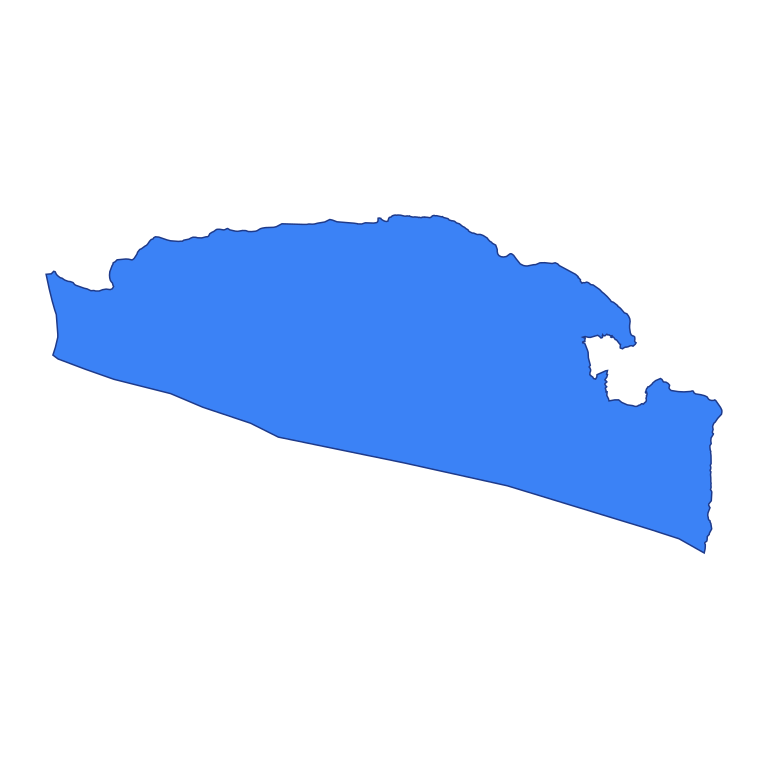 the district of Buru, Maluku, Indonesia
{"feature_id": "22746128B29167244459072", "entity_name": "Buru", "entity_type": "district", "adm_level": 2, "iso_a3": "IDN", "parent_name": "Indonesia", "parent_adm1": "Maluku", "projection": "albers", "projection_center": [126.803, -3.345], "detail": "fine", "context": "isolated", "style": "filled", "palette": "blue", "viewbox_px": 768, "rotation_deg": 0, "n_neighbors": 0, "source": "geoboundaries", "source_scale": "gbopen_adm2", "svg_char_len": 6102}
<svg xmlns="http://www.w3.org/2000/svg" viewBox="0 0 768 768"><path d="M704.2,553.0L705.1,549.0L705.3,546.2L705.3,544.4L704.8,543.7L704.8,542.7L705.6,541.9L706.6,541.4L707.1,539.9L707.3,536.5L709.2,534.5L709.4,533.2L711.7,528.9L710.8,523.3L710.2,522.4L710.0,520.8L708.9,520.0L708.4,519.1L708.3,517.9L707.7,515.3L708.0,512.9L710.0,507.7L709.4,507.0L709.4,506.3L708.7,505.6L708.7,504.1L711.3,500.8L711.8,492.0L711.3,490.8L710.5,489.7L711.1,487.3L710.9,484.7L711.1,483.4L710.8,481.7L710.8,477.7L710.5,474.6L710.9,471.8L710.3,471.0L710.1,470.1L710.7,469.1L710.8,467.2L710.3,465.5L710.6,464.4L711.1,463.8L711.0,455.6L710.6,452.5L710.8,451.5L710.2,450.0L709.9,447.3L709.9,445.6L711.2,443.7L710.8,440.8L711.1,437.9L713.3,434.3L713.4,433.8L712.7,433.2L712.3,432.2L713.1,429.5L712.6,426.7L712.9,425.5L713.9,423.2L715.2,422.1L717.6,418.5L721.5,414.2L721.9,411.9L721.8,410.1L720.5,407.4L715.8,400.6L714.8,399.9L714.2,400.3L711.8,400.5L709.8,400.0L708.5,399.1L707.1,396.9L704.6,395.7L700.8,394.7L695.6,393.9L694.0,392.8L693.3,391.2L692.2,390.9L690.7,391.4L684.0,391.9L678.2,391.6L671.2,390.5L670.4,389.9L669.4,388.8L669.0,387.9L669.6,385.2L668.2,383.5L666.1,382.2L663.4,381.9L662.0,379.5L660.5,378.5L655.6,380.6L652.9,382.8L651.9,384.2L649.1,386.6L647.7,387.0L647.4,387.8L646.5,389.0L646.0,390.6L646.1,391.2L645.4,392.1L645.7,392.9L646.2,392.9L646.7,392.5L647.1,394.1L646.8,395.2L646.4,395.7L646.6,396.3L646.0,398.4L646.3,398.9L646.3,400.8L645.8,401.8L644.4,402.9L643.5,404.0L643.1,404.1L642.2,403.7L641.5,403.8L640.1,404.9L638.4,405.4L637.6,406.1L636.3,406.4L635.0,406.4L632.6,405.6L627.4,404.9L621.7,402.4L618.7,399.9L614.7,399.9L609.0,400.9L608.5,398.8L606.8,395.4L607.1,391.8L606.0,391.9L606.1,390.9L605.3,388.1L606.7,386.8L605.9,386.1L605.6,385.3L604.9,384.6L604.9,383.7L606.9,381.9L606.2,381.0L605.3,380.5L604.9,379.8L606.8,377.1L607.5,374.5L606.6,374.2L607.5,370.5L605.7,370.8L597.0,374.7L596.8,377.0L595.6,379.1L593.5,378.5L592.8,377.1L590.5,375.5L590.6,375.3L589.8,374.6L590.0,372.4L590.6,371.0L590.6,369.5L589.7,367.5L589.1,367.0L590.3,365.3L588.4,357.9L588.1,352.3L587.5,350.3L585.0,343.9L584.4,343.2L582.7,342.8L582.7,342.0L584.1,341.3L584.9,341.4L584.8,340.1L585.2,338.5L585.0,337.5L584.0,337.8L582.7,337.2L585.1,336.5L588.3,337.3L590.4,337.4L597.6,335.3L599.3,336.3L601.0,338.0L602.4,337.5L602.6,336.5L602.3,335.8L602.7,334.7L603.3,335.7L604.9,335.8L606.9,334.2L607.7,334.9L609.2,334.9L610.4,335.8L611.8,335.7L610.9,337.1L611.9,337.5L612.8,336.8L613.8,337.5L615.3,339.6L616.5,339.9L619.4,343.7L620.0,344.3L620.5,344.4L620.2,346.5L620.2,347.9L620.5,348.1L622.6,348.8L623.4,348.1L625.4,347.1L626.7,347.1L628.3,346.7L630.1,345.8L632.0,345.7L633.0,346.2L635.2,344.3L636.1,342.8L635.1,342.0L634.6,341.2L634.9,339.1L634.7,337.0L633.7,336.1L632.3,335.7L631.1,334.7L630.3,332.7L629.6,328.0L629.6,325.5L630.1,321.4L629.8,318.9L628.6,316.2L626.9,313.8L624.3,312.8L621.2,309.1L619.6,307.5L617.8,306.4L617.7,305.6L613.5,302.3L611.2,301.5L610.5,300.3L607.2,296.6L603.9,293.5L602.2,292.2L599.6,289.5L593.2,285.0L590.4,284.5L590.0,283.8L588.4,282.7L586.7,282.1L584.6,282.8L583.1,282.6L582.0,283.2L580.3,281.0L580.5,279.8L578.8,277.9L578.1,277.6L578.1,276.6L575.5,274.3L559.3,265.6L557.7,263.9L555.2,262.8L552.1,263.5L544.7,262.7L540.0,262.8L535.7,264.6L533.6,264.7L527.2,266.0L525.4,265.9L523.4,265.5L520.2,263.9L516.2,258.9L513.6,255.3L511.7,253.9L510.8,253.7L509.9,253.9L506.4,256.5L503.6,257.0L501.1,256.7L499.0,255.6L498.0,254.3L497.6,253.4L497.2,251.2L497.3,250.0L497.0,248.7L495.7,245.1L492.4,243.3L491.5,242.2L489.9,241.3L488.2,239.5L487.3,238.1L483.4,235.6L481.7,234.9L480.1,234.4L477.1,234.5L473.8,233.1L472.5,233.1L470.1,232.0L468.7,231.1L467.9,229.7L466.2,228.8L464.5,227.3L462.6,226.4L459.4,223.8L456.5,222.9L454.6,221.3L452.7,220.8L451.4,220.8L450.9,220.4L449.6,220.2L449.0,219.8L448.4,219.0L447.8,218.6L443.6,217.5L442.4,216.6L441.8,216.8L440.7,216.6L436.7,215.7L435.0,215.8L434.5,215.5L433.6,215.5L432.3,215.9L431.6,216.8L429.9,217.7L426.7,217.2L425.7,217.3L425.1,217.0L424.8,217.2L424.6,217.0L424.3,217.2L423.1,217.0L422.8,217.3L422.1,217.2L421.6,217.6L420.2,217.6L419.4,217.3L418.4,217.5L418.0,217.2L414.9,216.9L413.0,217.1L410.0,216.4L409.6,215.9L408.5,216.1L407.1,215.9L406.5,216.1L406.2,216.0L405.5,216.2L404.4,216.1L400.8,215.2L397.7,215.0L396.8,215.3L395.8,215.0L394.9,215.2L394.2,215.1L393.4,215.5L392.4,215.7L390.9,217.1L389.4,217.4L388.7,218.4L387.9,221.1L386.5,221.5L384.8,221.2L383.1,220.4L381.2,219.2L380.9,218.4L379.3,218.0L378.1,218.2L378.0,220.8L377.7,221.7L376.7,222.6L373.7,223.1L365.3,222.8L361.6,224.0L357.5,223.9L357.4,223.7L354.1,223.2L337.0,221.8L332.5,220.1L329.8,219.5L324.7,222.0L317.5,223.2L314.5,224.0L312.4,224.2L308.9,224.0L306.8,224.4L302.9,224.4L281.9,223.8L276.3,226.7L273.7,227.3L265.6,227.6L262.5,228.1L260.4,228.7L257.1,230.7L255.6,231.2L251.3,231.6L248.2,231.5L245.8,230.6L242.5,230.5L237.9,231.3L235.7,231.2L229.9,229.9L227.7,228.5L226.8,228.7L224.8,229.7L223.6,229.9L219.9,229.3L217.5,229.3L216.4,229.5L213.7,231.5L211.9,232.3L209.8,233.7L208.6,236.0L207.7,236.7L206.0,236.8L201.8,237.9L197.7,237.8L195.9,237.3L193.0,237.2L190.9,238.0L189.0,239.1L183.7,240.2L182.4,241.2L180.6,241.2L178.5,241.4L170.6,240.8L167.3,240.0L158.8,237.1L155.4,236.8L153.8,237.7L152.9,239.0L151.2,239.5L149.6,241.2L147.7,244.0L146.5,245.3L145.0,246.1L141.5,248.7L139.7,249.5L137.6,252.2L136.9,254.2L134.1,258.5L132.6,259.7L131.8,259.9L128.7,259.2L125.9,259.0L117.1,259.8L115.1,261.8L113.2,262.8L112.8,264.6L112.1,265.6L109.8,271.8L109.5,275.1L109.7,277.8L110.3,280.2L111.2,281.7L112.4,283.0L113.1,285.6L113.6,286.4L113.2,287.3L112.2,288.8L110.2,289.6L106.1,289.1L102.6,289.7L99.2,291.0L95.6,291.0L93.9,290.5L90.9,290.7L87.1,288.9L84.1,288.2L75.6,285.2L74.5,284.4L73.1,282.6L70.4,281.6L68.0,281.3L64.6,280.0L62.1,278.2L60.2,277.7L58.0,276.0L56.5,274.5L55.1,271.7L53.7,271.3L51.3,273.8L46.1,274.3L49.2,288.8L52.2,301.0L54.7,309.8L56.3,314.6L57.8,334.3L57.8,337.2L55.4,347.3L52.9,355.1L58.1,359.0L85.5,369.3L113.9,379.3L170.6,393.6L203.0,407.3L250.5,423.2L278.3,437.1L405.0,463.1L507.4,485.8L649.8,529.3L679.1,538.8L704.2,553.0Z" fill="#3b82f6" stroke="#1e3a8a" stroke-width="1.5"/></svg>